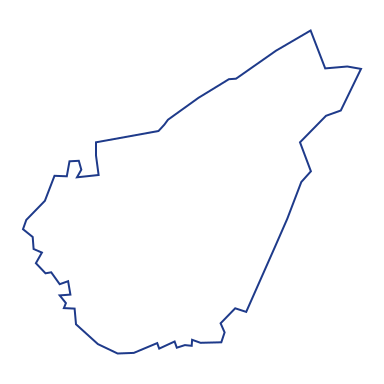 outline of Clarendon, South Carolina, United States of America
{"feature_id": "52423323B77456184843444", "entity_name": "Clarendon", "entity_type": "district", "adm_level": 2, "iso_a3": "USA", "parent_name": "United States of America", "parent_adm1": "South Carolina", "projection": "natural_earth1", "projection_center": [-80.271, 33.688], "detail": "fine", "context": "isolated", "style": "outline", "palette": "blue", "viewbox_px": 384, "rotation_deg": 0, "n_neighbors": 0, "source": "geoboundaries", "source_scale": "gbopen_adm2", "svg_char_len": 823}
<svg xmlns="http://www.w3.org/2000/svg" viewBox="0 0 384 384"><path d="M310.6,30.5L276.0,50.7L236.0,78.7L228.9,79.2L198.5,97.8L168.0,119.7L164.3,124.7L158.5,131.0L96.0,142.3L96.0,155.5L98.6,175.0L77.0,177.3L81.3,169.7L78.8,160.8L69.5,161.3L66.8,176.3L54.5,175.8L44.9,200.8L26.3,219.9L23.0,229.2L32.7,237.0L33.6,249.0L41.9,252.6L35.9,263.2L45.5,273.3L51.2,272.3L59.7,284.2L68.1,281.2L70.4,294.6L59.7,295.4L65.9,303.1L63.9,308.1L74.6,308.6L76.0,324.3L97.9,344.1L117.6,353.5L133.8,352.9L157.2,343.1L159.2,348.6L174.6,341.5L176.8,347.7L184.9,345.1L191.7,345.8L192.1,339.8L200.5,342.8L221.3,342.3L224.6,332.4L220.6,323.3L235.2,308.3L246.2,311.9L275.0,246.8L287.3,218.7L301.3,182.0L310.9,171.3L300.0,142.3L326.0,115.8L340.8,110.5L361.0,68.9L347.3,66.5L325.2,68.4L310.6,30.5Z" fill="none" stroke="#1e3a8a" stroke-width="2"/></svg>